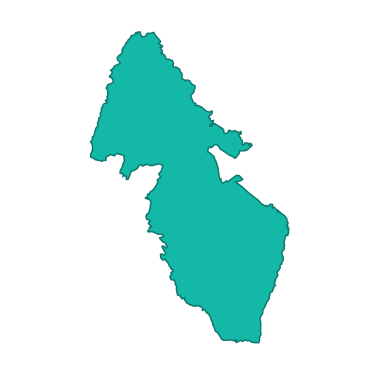 outline of Mbooni, Eastern, Kenya, rotated 227°
{"feature_id": "3690345B27986350710354", "entity_name": "Mbooni", "entity_type": "district", "adm_level": 2, "iso_a3": "KEN", "parent_name": "Kenya", "parent_adm1": "Eastern", "projection": "albers", "projection_center": [37.612, -1.65], "detail": "fine", "context": "isolated", "style": "filled", "palette": "teal", "viewbox_px": 384, "rotation_deg": 227, "n_neighbors": 0, "source": "geoboundaries", "source_scale": "gbopen_adm2", "svg_char_len": 6081}
<svg xmlns="http://www.w3.org/2000/svg" viewBox="0 0 384 384"><g transform="rotate(227 192 192)"><path d="M185.1,267.6L187.1,268.2L187.6,267.7L187.2,265.9L187.7,265.4L189.0,266.7L191.7,264.3L191.1,262.0L192.1,261.2L192.9,261.2L193.3,262.5L195.3,263.8L197.7,264.0L198.9,264.6L200.4,264.5L202.0,265.2L201.0,267.4L202.3,268.9L202.9,268.9L203.6,266.4L206.2,265.9L208.0,264.7L208.5,263.0L212.0,261.1L211.0,258.1L212.2,256.0L214.0,255.8L215.3,257.3L217.4,257.6L226.7,255.2L227.2,253.5L226.7,251.1L227.8,250.2L228.5,250.4L228.6,251.1L228.3,254.3L229.6,256.4L230.6,254.5L232.3,254.6L233.7,255.5L235.0,255.1L235.9,256.8L235.5,259.2L236.7,261.5L237.4,261.7L238.0,261.4L238.2,259.6L240.1,258.1L242.3,257.4L248.1,256.8L251.6,255.1L253.1,253.5L254.0,255.0L254.5,255.1L255.9,254.3L256.9,254.2L262.5,256.3L263.3,257.0L263.6,257.8L263.7,261.4L265.3,263.3L266.0,265.3L267.6,266.5L271.5,265.3L274.5,266.1L275.3,265.9L277.6,264.6L277.5,263.3L278.0,262.9L279.4,262.9L281.4,262.1L282.1,262.1L282.9,262.7L284.2,264.7L286.0,265.5L287.8,265.5L290.3,266.6L293.8,265.8L295.7,264.1L297.2,263.9L298.4,266.0L301.6,267.3L302.7,266.4L304.8,265.8L305.8,264.1L307.7,264.1L310.9,265.4L313.1,264.7L314.3,263.8L315.0,264.1L314.5,265.6L315.3,266.5L319.5,267.3L319.6,267.9L318.5,268.8L318.3,269.4L318.9,270.0L323.5,268.8L323.2,270.9L323.4,271.5L324.1,271.8L331.5,272.1L334.6,272.8L335.2,272.4L336.2,269.9L338.2,267.9L338.5,267.1L337.7,264.5L338.8,261.8L342.0,261.6L344.3,263.2L345.0,262.7L345.9,261.3L345.4,260.3L346.6,260.1L346.9,259.7L346.2,258.4L346.5,256.2L347.7,254.0L346.6,252.2L346.8,249.4L346.1,247.6L346.0,245.3L344.7,243.0L344.5,239.8L343.5,237.8L341.2,235.7L341.6,230.5L341.3,229.1L339.7,227.7L336.0,227.7L335.1,227.3L337.0,221.2L336.1,218.3L336.6,215.5L334.8,215.7L333.8,215.1L332.5,212.3L333.0,211.4L333.0,210.5L332.6,210.2L329.3,211.2L326.2,209.8L326.3,207.0L327.8,203.7L326.8,200.7L326.3,200.0L324.1,199.7L322.6,198.6L320.4,196.7L319.4,194.4L317.3,193.8L317.0,193.2L317.9,191.9L317.9,191.1L315.5,190.9L315.1,190.4L316.4,188.2L316.5,187.2L314.8,182.7L312.8,180.8L312.0,178.2L310.0,177.7L309.4,174.0L307.6,172.1L306.8,169.7L304.9,168.7L304.1,165.0L299.9,158.4L300.1,156.6L298.7,155.4L297.9,153.9L297.9,152.1L297.4,151.8L295.7,151.9L292.7,150.0L290.4,147.6L288.6,143.5L286.7,141.8L285.6,142.0L284.4,143.1L281.7,143.3L275.8,147.3L275.4,149.2L273.9,150.5L274.3,151.2L276.0,152.4L276.1,153.8L275.4,155.3L275.2,157.8L271.3,160.0L271.7,161.7L271.5,163.2L271.1,163.7L269.6,164.3L265.7,167.0L264.8,166.8L262.7,165.0L261.3,164.7L259.3,160.1L257.8,158.1L256.8,154.7L255.1,152.4L254.5,152.2L252.7,153.9L252.0,154.0L250.7,152.4L250.8,153.9L249.8,153.5L248.4,154.6L245.9,152.6L245.0,153.8L245.3,155.1L248.7,161.7L247.6,163.5L246.8,166.2L246.6,168.2L247.5,171.9L246.5,173.5L244.6,173.5L243.2,177.7L239.6,179.7L238.4,181.0L237.5,182.2L237.4,184.1L236.5,184.5L235.7,185.6L235.7,186.7L233.2,188.2L231.8,188.2L231.1,188.6L228.4,184.0L227.9,180.0L224.2,179.1L224.6,175.2L224.3,174.6L222.6,173.9L221.3,170.7L220.3,166.9L220.0,163.6L220.7,162.0L219.6,159.0L220.5,158.6L220.5,157.6L218.4,155.9L219.6,154.4L219.2,153.7L215.7,155.6L213.6,155.6L211.3,153.8L210.8,152.6L208.7,150.5L206.4,146.1L206.4,143.4L205.8,142.1L203.4,140.4L202.7,140.4L200.8,141.6L199.5,141.6L199.2,141.2L199.4,139.5L198.8,138.7L194.5,138.8L194.1,138.3L195.1,137.1L195.0,136.6L193.5,134.9L193.7,133.0L193.1,132.7L192.5,132.9L191.3,134.6L189.1,136.5L184.1,138.5L182.0,141.0L179.2,141.1L178.6,140.5L178.8,140.1L180.4,137.7L180.5,137.0L179.9,136.7L175.5,136.6L172.3,138.0L171.0,136.8L168.9,136.7L168.4,135.3L168.7,134.8L172.3,134.1L172.7,133.1L171.6,132.4L165.4,131.0L164.8,130.0L164.8,129.0L167.8,127.2L167.7,126.3L165.3,124.3L162.0,124.2L161.3,126.5L159.5,126.1L156.0,126.1L153.5,124.9L151.5,125.0L150.2,124.1L148.0,125.0L147.0,123.9L147.5,121.7L145.6,121.2L145.7,119.0L144.5,117.7L142.3,116.9L139.9,118.6L138.1,118.6L135.1,116.5L133.8,116.7L131.4,114.2L126.7,111.2L124.2,112.5L122.5,111.9L120.7,111.9L120.2,112.2L119.6,114.5L117.9,112.9L116.8,113.1L114.6,112.4L111.7,113.5L110.6,113.4L110.3,114.5L108.4,114.8L105.9,116.8L105.3,118.4L104.2,119.4L103.2,119.5L101.2,120.6L100.0,120.6L99.3,120.3L98.8,119.1L98.2,118.9L97.7,120.6L96.4,121.1L94.6,120.3L93.7,121.0L92.9,120.4L91.2,120.9L87.9,120.1L84.6,118.5L83.4,118.5L82.4,117.6L81.4,117.4L80.4,116.4L79.2,116.5L74.4,114.2L71.3,114.8L65.5,113.8L64.6,113.1L64.0,113.7L62.7,113.6L61.4,114.5L61.0,114.9L61.1,115.5L58.5,117.9L57.8,119.4L54.0,121.6L54.2,123.0L53.7,123.4L53.2,123.3L52.7,122.1L51.7,121.8L50.2,126.7L48.4,126.9L47.9,127.9L48.1,129.2L47.5,130.3L46.4,130.3L45.3,131.1L45.3,131.9L44.9,132.2L41.9,133.2L39.4,134.8L36.3,138.0L37.5,140.3L38.6,141.1L39.9,142.9L40.7,145.3L43.0,146.9L48.7,152.3L53.6,155.9L55.1,161.0L57.6,163.7L58.1,166.4L60.3,171.1L61.4,176.0L62.4,176.5L65.0,180.7L64.4,182.9L66.7,186.9L66.8,189.4L68.5,189.4L71.4,194.0L72.3,197.5L72.9,198.2L75.4,199.2L75.5,202.2L75.9,202.4L76.2,204.5L78.4,206.5L78.6,207.2L78.1,208.4L79.2,209.4L80.0,212.4L82.9,214.7L83.5,214.4L85.7,215.6L86.9,217.4L87.6,220.9L89.2,221.9L90.0,223.6L92.2,224.7L95.9,230.3L95.1,232.7L96.2,232.7L95.9,234.4L96.9,235.0L98.8,237.6L99.9,236.8L100.9,237.5L100.7,238.4L101.9,237.9L102.7,238.0L102.3,239.2L103.7,239.7L103.6,240.9L104.2,241.4L106.1,241.8L107.9,243.1L111.7,243.5L115.5,242.6L116.5,242.9L117.4,242.2L119.0,242.4L119.1,241.1L120.3,242.4L121.4,241.6L123.5,241.6L124.6,242.0L125.4,239.8L126.0,240.1L127.3,242.2L127.8,242.4L129.4,241.3L129.7,240.1L129.2,239.2L129.9,238.7L130.3,237.1L131.4,237.2L131.4,236.4L132.1,236.0L136.6,234.6L140.1,234.9L153.3,232.8L162.4,232.1L169.5,230.7L166.8,236.1L166.8,237.8L171.8,237.7L173.8,235.9L175.2,225.1L176.5,224.8L177.3,220.8L179.4,220.5L181.1,221.1L182.0,222.2L182.5,221.2L183.5,221.5L192.6,227.9L198.0,230.4L201.1,231.2L202.4,232.2L208.4,231.8L209.9,231.4L210.2,230.9L211.1,231.1L213.7,235.4L212.7,236.3L211.5,236.0L211.0,237.8L211.2,241.0L209.3,242.5L207.8,242.6L203.7,241.9L202.7,242.5L194.1,244.3L189.0,246.4L188.1,246.1L187.6,246.4L187.0,248.3L187.8,249.1L187.7,251.9L189.6,255.0L186.5,258.3L185.2,260.9L185.1,267.6Z" fill="#14b8a6" stroke="#0f766e" stroke-width="1.5"/></g></svg>